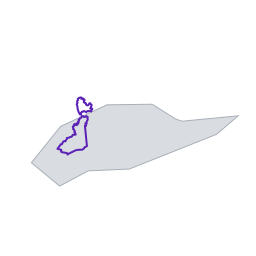 Ngatpang, Aimeliik, Palau (highlighted), rotated 59°
{"feature_id": "81905179B51358963868347", "entity_name": "Ngatpang", "entity_type": "district", "adm_level": 2, "iso_a3": "PLW", "parent_name": "Palau", "parent_adm1": "Aimeliik", "projection": "mercator", "projection_center": [134.507, 7.458], "detail": "fine", "context": "in_parent", "style": "outline", "palette": "violet", "viewbox_px": 256, "rotation_deg": 59, "n_neighbors": 0, "source": "geoboundaries", "source_scale": "gbopen_adm2", "svg_char_len": 4602}
<svg xmlns="http://www.w3.org/2000/svg" viewBox="0 0 256 256"><g transform="rotate(59 128 128)"><path d="M142.6,216.5L108.0,228.7L91.9,184.9L97.3,134.1L120.1,95.0L145.0,82.5L150.1,78.0L174.3,27.3L179.0,55.3L163.8,148.1L144.2,184.3L142.6,216.5Z" fill="#d9dde1" stroke="#a8b0b8" stroke-width="1"/><path d="M98.6,174.7L99.0,174.7L99.7,174.9L100.5,175.5L100.8,175.1L101.1,175.1L101.5,175.2L102.2,175.4L102.8,175.3L103.2,175.2L103.8,175.7L103.9,176.0L104.2,176.1L104.6,175.8L105.1,176.1L105.8,175.9L106.1,176.1L106.6,176.3L106.5,176.8L105.6,178.3L105.5,178.6L105.5,179.0L106.3,180.4L106.4,180.6L106.4,181.0L106.3,181.3L106.0,181.8L106.0,182.0L105.9,182.4L106.0,183.0L106.0,183.3L105.9,183.5L105.6,184.2L105.4,184.6L105.2,185.5L105.7,185.8L107.0,188.3L107.1,188.7L106.4,189.3L106.3,189.9L106.5,190.9L107.9,193.0L107.4,193.7L107.4,194.4L107.9,195.1L108.1,195.6L108.6,197.1L108.9,197.4L109.1,198.5L109.6,199.1L109.9,198.9L112.1,196.6L112.4,196.5L112.7,196.6L112.9,196.7L113.1,197.1L113.5,197.4L114.1,197.5L115.0,196.8L117.5,193.8L118.0,193.3L118.7,193.2L119.5,193.4L119.6,193.1L119.5,191.7L120.2,184.1L121.0,181.9L121.5,181.4L121.6,181.0L121.7,180.6L121.9,180.2L122.7,179.1L122.9,178.7L123.0,178.3L122.9,177.6L123.0,176.9L122.7,175.8L122.3,175.4L122.1,175.1L122.2,174.7L122.3,174.0L122.4,173.5L122.3,172.5L104.2,163.9L104.3,163.7L104.4,163.2L104.5,163.1L104.5,162.9L104.4,162.8L104.0,162.7L103.6,162.5L103.4,162.4L102.6,162.4L102.4,162.3L102.2,162.1L102.5,161.8L102.5,161.7L102.9,161.4L102.9,161.2L102.5,161.1L101.9,160.7L101.4,160.3L100.8,159.4L100.2,158.4L99.9,158.1L99.4,157.9L98.9,157.8L98.6,157.6L98.3,157.4L97.9,156.9L97.7,156.9L97.5,157.0L97.1,157.4L96.8,157.5L96.7,157.5L96.3,157.7L96.2,157.9L96.2,158.0L96.2,158.5L96.3,158.5L96.2,158.7L96.3,159.0L96.1,159.2L96.1,159.4L96.0,159.6L95.9,159.7L95.9,159.8L95.9,160.0L95.7,160.1L95.3,160.3L95.1,160.4L94.7,160.6L94.6,160.9L94.4,161.0L94.3,161.4L94.9,162.6L95.0,162.8L95.0,163.2L94.8,164.0L94.8,164.3L95.3,164.8L95.5,165.1L95.6,165.4L95.5,165.9L95.5,166.0L96.1,166.3L96.5,166.3L96.8,166.7L96.8,167.0L96.8,167.3L97.4,167.3L97.5,167.3L97.9,167.7L97.9,168.1L97.8,168.3L98.5,168.5L98.5,169.0L98.4,169.2L98.3,169.3L98.9,169.4L99.0,169.5L98.9,169.8L98.8,170.0L99.0,170.6L98.9,170.7L98.8,170.8L98.7,170.9L98.4,170.7L98.3,170.9L97.9,170.9L97.6,171.0L97.5,171.3L97.6,171.7L97.6,171.8L97.5,172.0L97.2,172.0L97.2,172.3L97.6,172.3L97.8,172.4L97.9,172.8L98.0,173.0L98.3,173.1L98.2,173.7L98.5,173.9L98.5,174.0L98.5,174.5L98.6,174.7ZM92.1,161.5L91.9,161.4L92.0,161.4L92.0,161.2L91.9,161.2L91.7,161.3L91.8,161.4L91.7,161.6L91.6,161.4L91.5,161.2L91.3,161.1L91.2,161.0L91.0,160.9L90.9,160.7L90.7,160.4L90.7,160.0L90.6,159.5L90.4,159.2L90.5,158.8L90.6,158.7L90.6,158.3L90.7,158.1L90.7,157.8L90.8,157.8L90.8,157.6L90.9,157.3L91.0,156.9L91.3,156.6L91.7,156.4L92.1,156.1L92.5,155.8L92.6,155.7L92.9,155.6L92.8,155.4L92.6,154.8L92.7,154.5L92.6,154.2L92.9,153.7L93.2,153.4L93.3,153.3L93.3,153.0L93.4,152.9L93.5,152.7L93.5,152.4L93.6,152.2L93.6,151.9L93.7,151.7L93.8,151.6L93.9,151.4L94.0,151.4L94.3,151.3L94.6,151.3L94.8,151.2L94.8,150.9L94.7,150.7L94.2,150.4L93.8,150.3L93.7,150.2L93.5,149.8L93.4,149.4L93.5,149.2L93.4,149.0L93.3,148.8L93.2,148.8L92.9,149.0L92.7,149.0L92.6,149.3L92.3,149.6L92.1,149.7L91.9,149.8L91.7,150.0L91.4,149.6L91.3,149.4L91.1,149.1L90.7,148.8L90.4,148.3L90.4,148.2L90.1,147.9L89.9,147.6L89.6,147.4L89.3,147.3L89.2,147.4L88.8,147.5L88.7,147.6L88.3,147.8L87.5,147.8L87.3,147.7L87.1,148.0L87.0,148.3L87.1,148.5L87.2,148.9L87.3,149.0L87.8,149.9L87.9,150.0L87.9,150.3L87.9,150.6L87.7,151.1L87.2,151.5L86.9,151.7L86.5,151.8L86.3,151.8L86.0,151.8L85.8,151.6L85.6,151.6L85.3,151.5L85.0,151.5L84.9,151.5L84.5,151.7L84.3,151.9L84.4,152.0L84.2,152.3L84.0,152.5L84.0,152.8L84.0,152.7L83.9,152.6L83.6,152.6L83.6,152.4L83.4,152.3L83.0,152.2L82.9,152.1L82.6,151.9L82.4,152.0L82.2,151.8L81.9,151.7L81.6,151.6L81.4,151.5L81.6,151.3L81.5,151.2L81.5,150.8L81.1,150.9L79.9,151.2L79.9,151.6L80.0,151.7L79.9,151.7L79.9,151.8L79.7,152.0L79.7,151.9L79.3,152.2L79.2,152.3L78.9,152.2L78.6,152.1L78.2,152.1L77.9,152.4L77.8,152.6L77.7,152.6L77.5,152.8L77.6,153.1L77.5,153.3L77.4,153.3L77.2,153.6L77.1,153.9L77.1,154.1L77.2,154.3L77.1,154.6L77.0,154.8L77.0,155.0L77.0,155.3L77.2,155.7L77.3,155.7L77.4,155.8L77.4,156.2L77.7,156.4L77.9,156.4L78.0,156.4L78.2,156.6L78.3,156.6L78.3,156.8L78.4,157.0L78.6,157.2L78.7,157.4L78.9,157.8L79.2,158.1L79.5,158.2L80.0,158.2L80.4,158.4L80.5,158.5L80.7,159.0L80.8,159.0L80.9,159.3L81.0,159.5L80.9,159.5L81.0,159.7L80.9,159.7L83.4,160.2L85.3,161.2L89.0,162.1L89.7,162.2L91.3,162.0L92.1,161.5Z" fill="none" stroke="#5b21b6" stroke-width="2"/></g></svg>